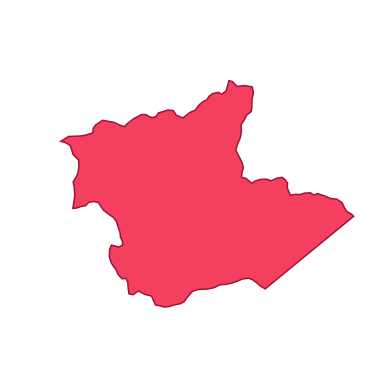 Estrela do Norte, São Paulo, Brazil, rotated 49°
{"feature_id": "56859067B30225350735471", "entity_name": "Estrela do Norte", "entity_type": "district", "adm_level": 2, "iso_a3": "BRA", "parent_name": "Brazil", "parent_adm1": "São Paulo", "projection": "albers", "projection_center": [-51.684, -22.483], "detail": "fine", "context": "isolated", "style": "filled", "palette": "rose", "viewbox_px": 384, "rotation_deg": 49, "n_neighbors": 0, "source": "geoboundaries", "source_scale": "gbopen_adm2", "svg_char_len": 2027}
<svg xmlns="http://www.w3.org/2000/svg" viewBox="0 0 384 384"><g transform="rotate(49 192 192)"><path d="M316.4,85.9L312.2,86.5L308.4,87.9L304.3,87.4L298.6,85.7L292.6,87.3L287.5,91.9L282.6,94.2L276.0,98.0L273.6,102.4L270.3,103.1L266.5,108.0L264.8,112.2L261.7,115.3L259.0,119.7L254.3,118.5L251.0,117.1L247.9,114.0L244.1,113.7L240.1,114.3L237.4,118.5L235.4,124.9L231.4,127.2L227.5,131.8L225.1,137.2L224.8,141.1L217.2,142.3L213.4,145.1L209.7,140.9L207.3,137.2L203.4,135.2L198.8,133.9L194.1,132.8L189.1,131.4L186.8,127.8L184.9,124.5L183.2,120.8L181.2,117.9L178.9,115.3L176.2,113.1L173.5,110.9L171.6,104.6L169.8,100.2L170.2,94.7L167.4,91.3L161.3,85.8L157.5,80.5L152.2,77.6L146.2,82.4L141.9,88.7L135.1,89.1L132.2,91.0L138.1,100.0L137.7,105.5L134.2,106.6L131.4,111.7L130.9,116.1L132.2,120.5L131.1,124.0L130.9,129.4L132.4,135.8L130.6,141.1L130.1,150.3L123.8,153.4L118.2,152.7L114.2,156.5L112.3,161.2L110.3,165.4L111.4,169.6L110.0,173.0L106.9,174.9L103.4,175.9L100.5,179.1L99.5,183.5L98.4,188.2L98.0,196.4L98.3,200.1L94.4,202.5L88.2,205.2L79.2,212.5L78.2,220.7L79.0,224.6L82.3,228.2L79.0,235.5L76.4,239.7L72.0,245.1L69.1,248.7L67.6,257.8L72.3,254.8L77.3,253.4L85.6,257.1L93.5,256.6L98.4,260.4L102.7,265.6L104.5,268.9L106.4,275.1L111.0,277.6L113.7,279.7L117.2,282.2L120.1,285.4L123.0,288.9L126.2,292.7L128.3,289.8L130.0,285.6L132.6,281.0L132.0,276.9L134.8,272.3L138.7,269.5L142.7,270.3L148.0,270.7L154.6,269.3L159.4,268.1L164.4,268.3L170.0,270.7L175.7,273.1L179.2,275.7L184.0,277.0L186.5,279.5L185.5,283.4L179.2,287.6L181.4,292.0L186.9,297.1L192.8,299.5L197.0,300.1L200.5,300.1L205.6,301.9L211.7,301.7L213.9,298.5L218.1,299.7L221.9,302.7L227.4,306.4L230.9,303.9L231.3,297.5L238.3,294.8L244.0,290.8L253.3,293.7L257.0,290.8L260.5,288.6L263.6,284.1L265.8,279.0L268.6,274.3L269.7,269.9L268.4,265.0L267.3,256.8L269.4,251.6L275.9,243.3L278.7,238.1L280.2,232.1L284.2,226.6L287.1,221.3L289.2,215.9L290.7,211.1L294.3,205.7L298.0,203.8L302.4,202.8L307.2,202.2L313.1,200.4L316.4,85.9Z" fill="#f43f5e" stroke="#9f1239" stroke-width="1.5"/></g></svg>